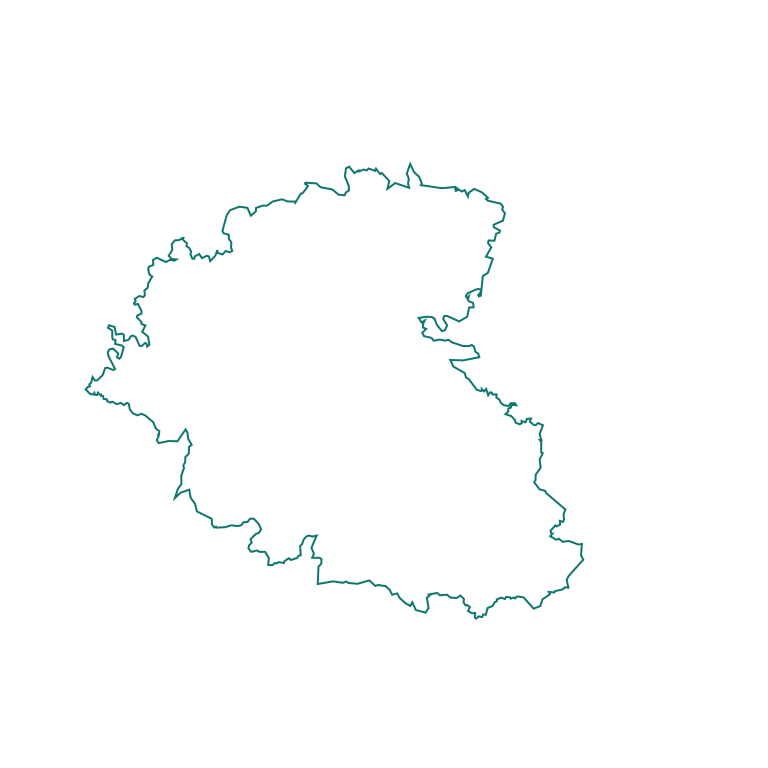 Tehuitzingo, Puebla, Mexico, rotated 32°
{"feature_id": "50627088B27065813570202", "entity_name": "Tehuitzingo", "entity_type": "district", "adm_level": 2, "iso_a3": "MEX", "parent_name": "Mexico", "parent_adm1": "Puebla", "projection": "albers", "projection_center": [-98.326, 18.369], "detail": "fine", "context": "isolated", "style": "outline", "palette": "teal", "viewbox_px": 768, "rotation_deg": 32, "n_neighbors": 0, "source": "geoboundaries", "source_scale": "gbopen_adm2", "svg_char_len": 6165}
<svg xmlns="http://www.w3.org/2000/svg" viewBox="0 0 768 768"><g transform="rotate(32 384 384)"><path d="M373.5,171.0L365.6,169.6L357.1,170.7L354.5,177.0L355.8,180.6L349.7,176.8L347.9,179.6L342.3,179.3L343.9,180.4L342.5,182.2L339.8,179.3L329.3,187.3L309.9,195.8L309.7,193.8L304.0,189.7L297.3,188.4L289.6,183.6L291.8,193.4L296.2,196.7L298.3,201.4L301.3,204.3L287.0,207.7L283.5,216.6L280.8,209.0L270.3,206.2L269.5,208.0L263.1,205.6L263.6,207.9L256.7,209.5L256.3,212.0L252.9,213.1L250.2,217.0L249.3,216.3L247.1,220.8L239.2,218.2L237.5,221.3L240.8,228.7L249.1,234.6L251.7,238.6L250.1,241.8L250.6,244.9L245.2,247.5L237.2,246.4L225.9,250.7L220.4,249.7L210.7,254.9L210.9,256.1L214.4,256.2L214.6,258.0L213.9,265.4L212.6,266.6L212.7,277.4L211.4,276.7L205.3,280.4L199.8,281.3L192.9,288.2L190.2,294.9L186.8,296.8L182.2,302.4L183.8,305.5L181.9,311.8L174.8,307.0L167.5,310.2L161.4,318.0L161.2,324.2L165.8,339.7L168.1,341.2L173.2,339.7L175.7,343.2L179.4,344.7L182.1,349.5L184.8,351.5L183.2,354.2L179.2,355.1L178.4,359.7L173.7,361.0L171.7,358.7L173.0,364.6L171.5,371.9L167.9,368.6L165.7,369.2L162.9,373.7L158.4,371.7L155.9,376.1L156.7,378.3L155.1,379.3L151.1,376.5L150.2,373.8L146.5,371.8L143.5,371.8L142.4,369.2L136.7,368.1L136.5,366.4L135.7,366.8L134.0,370.5L130.4,373.1L130.0,378.0L133.4,382.4L133.5,389.4L137.9,390.5L141.9,388.4L141.0,390.4L136.8,392.1L134.3,396.2L124.4,397.3L122.4,401.2L125.3,405.3L122.6,409.1L122.9,411.3L127.0,415.4L130.5,415.7L130.7,423.4L132.6,427.6L131.3,431.8L134.3,435.6L133.8,437.8L129.9,439.0L127.6,443.9L129.6,445.5L129.1,448.1L130.5,448.8L132.9,446.5L139.4,450.4L141.0,452.7L138.5,456.6L138.9,458.3L145.5,460.1L146.5,461.6L150.7,460.8L151.3,467.9L158.8,468.8L164.2,475.0L163.3,477.8L161.3,475.7L159.7,475.8L158.4,480.1L156.6,481.2L148.7,475.9L145.5,475.9L144.0,477.6L143.9,481.9L140.7,485.4L137.3,480.1L135.3,480.1L130.6,484.0L125.3,478.4L119.7,479.9L120.1,482.6L125.2,482.6L129.1,488.8L130.7,489.8L132.9,489.0L134.8,492.5L141.5,490.2L143.8,490.7L146.6,500.5L146.1,502.8L143.4,502.7L142.3,498.9L135.5,497.5L132.8,500.2L132.9,503.4L135.4,506.3L148.0,513.8L146.8,515.7L140.8,516.7L139.1,518.2L140.7,525.7L138.9,532.9L136.8,534.2L133.2,532.5L134.9,538.3L134.3,540.5L135.9,542.0L134.4,543.3L133.8,546.6L140.0,548.2L143.2,546.9L143.1,545.0L144.7,546.2L146.6,545.4L146.0,542.9L148.5,543.7L149.6,542.8L150.3,543.9L152.0,543.1L154.2,545.2L156.9,543.9L158.3,545.2L161.6,544.9L163.1,542.9L168.0,542.8L170.7,539.6L174.6,539.7L175.9,536.3L178.0,536.0L181.9,540.2L186.5,541.9L191.4,541.3L194.1,537.8L198.5,537.2L208.5,538.7L214.6,542.9L218.4,543.0L219.9,546.0L219.3,546.8L220.6,547.7L221.0,552.0L224.3,553.5L231.4,546.6L239.2,542.0L239.8,527.6L243.2,529.5L246.9,534.2L253.1,537.5L252.0,540.6L255.4,546.7L254.2,551.0L256.8,555.7L257.0,559.6L258.8,561.0L260.7,569.2L265.2,576.2L264.8,582.3L267.1,591.5L269.1,584.0L274.8,576.8L280.3,582.9L287.3,585.8L292.9,591.2L309.4,589.6L312.5,594.2L316.2,595.7L317.1,594.0L318.2,594.5L325.4,589.4L329.3,584.8L335.6,581.8L337.9,579.1L338.0,575.8L341.4,573.3L341.8,569.2L345.0,567.2L352.2,569.2L356.8,572.4L356.8,576.7L354.9,578.8L353.0,586.3L355.9,588.7L355.1,592.2L356.2,595.3L360.4,596.7L364.6,592.4L367.3,592.4L372.3,589.3L378.8,592.9L381.6,598.8L385.3,596.9L386.4,593.5L387.8,593.3L389.2,590.8L394.0,588.9L393.4,587.2L395.6,582.2L398.3,582.6L402.5,577.6L402.4,575.3L404.1,573.3L398.7,565.8L399.4,563.2L398.3,558.6L399.0,554.3L400.7,552.3L404.0,551.4L407.2,548.2L409.3,561.4L414.5,565.0L415.2,569.4L421.6,565.5L423.8,565.7L426.1,569.7L425.2,573.6L433.8,588.7L445.4,578.4L454.6,574.3L456.6,571.5L459.3,571.6L467.5,567.4L475.6,558.4L483.7,559.8L485.6,557.5L492.4,554.6L497.8,555.5L502.6,558.4L506.2,554.6L510.9,557.2L518.3,558.5L524.0,558.3L523.7,554.1L530.8,558.8L540.4,555.8L540.5,550.4L533.6,542.5L534.9,538.7L533.7,538.7L539.7,533.1L543.5,533.5L549.1,529.3L553.4,529.9L558.9,527.1L560.9,522.9L565.8,524.0L567.2,527.1L570.5,528.5L571.9,527.3L575.1,527.8L575.6,532.0L580.2,531.8L582.6,529.9L584.5,533.7L586.4,534.1L587.4,530.9L590.8,529.6L590.2,526.9L592.6,525.8L590.6,519.0L593.8,514.6L593.5,510.3L594.8,508.3L593.8,506.9L596.8,502.9L600.5,502.3L600.4,499.9L604.1,498.1L605.2,498.9L607.0,496.4L609.0,496.2L608.9,494.5L610.6,493.0L615.4,491.0L629.9,495.2L634.2,489.6L632.5,482.7L636.1,474.5L633.9,473.0L638.9,470.5L638.7,469.1L644.6,463.2L645.1,460.6L648.3,459.0L642.7,453.3L642.3,449.1L646.1,427.4L641.9,424.9L636.6,414.8L633.9,417.1L624.0,419.2L619.1,423.1L614.3,422.6L612.6,424.8L605.6,425.0L606.2,421.8L605.4,422.4L603.0,420.2L604.2,413.2L605.7,413.3L607.9,409.9L605.7,406.9L608.8,406.1L608.5,403.5L605.3,399.4L604.4,394.3L579.5,390.6L577.0,389.2L571.7,390.9L563.4,387.7L563.4,385.2L560.7,380.5L561.2,372.0L555.9,365.4L555.3,358.6L553.5,358.7L548.1,349.9L545.8,348.9L547.2,348.2L542.5,343.9L540.6,334.7L535.2,335.6L534.5,338.6L532.4,339.4L527.7,338.6L527.0,335.4L523.7,337.9L524.3,341.5L520.2,342.5L521.6,344.2L520.5,346.2L516.2,347.1L514.1,345.1L508.8,343.8L503.1,345.2L503.9,341.8L502.5,339.0L504.1,336.8L503.4,334.1L507.4,331.9L505.2,330.9L501.6,333.2L501.6,336.5L496.8,338.5L493.2,338.1L490.0,336.0L486.5,336.0L485.1,333.1L481.6,335.4L479.9,334.2L478.4,334.8L478.3,338.3L473.2,334.0L472.8,337.2L469.6,336.4L470.6,337.8L469.9,338.6L465.8,339.8L453.3,334.9L450.2,335.1L446.5,331.9L433.6,332.5L427.5,328.5L438.6,322.0L450.6,310.8L447.8,308.3L444.4,308.2L440.6,304.6L437.6,304.4L436.2,306.6L431.0,309.9L419.9,312.6L415.0,312.4L413.3,314.6L407.3,317.0L403.2,321.0L399.9,319.7L392.6,322.2L389.3,320.3L390.5,314.9L387.1,315.5L385.3,312.6L384.9,308.6L383.3,311.9L378.4,309.6L384.0,304.7L389.0,301.9L392.1,301.7L397.4,305.8L405.2,308.5L407.1,306.0L406.5,300.9L399.6,297.4L399.1,294.4L401.5,292.8L414.6,291.1L418.9,282.9L415.7,273.9L419.4,271.5L416.6,268.0L411.9,268.9L410.4,267.9L409.5,264.8L408.9,267.2L406.8,266.1L407.0,262.3L413.0,253.8L415.7,252.7L417.4,254.2L416.8,258.8L418.1,259.4L419.3,257.8L410.6,240.1L413.2,234.7L409.9,220.1L403.0,222.0L402.6,211.3L397.5,209.3L397.0,207.9L396.8,206.7L401.7,204.0L399.5,197.2L401.7,194.3L401.0,192.4L394.1,192.9L392.6,190.8L398.3,182.5L396.1,175.1L391.8,173.5L391.1,170.7L387.5,169.2L374.9,173.5L372.4,173.1L373.5,171.0Z" fill="none" stroke="#0f766e" stroke-width="2"/></g></svg>